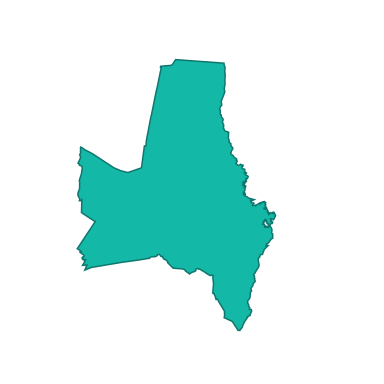 outline of Cerralvo, Nuevo León, Mexico, rotated 214°
{"feature_id": "50627088B47581095224708", "entity_name": "Cerralvo", "entity_type": "district", "adm_level": 2, "iso_a3": "MEX", "parent_name": "Mexico", "parent_adm1": "Nuevo León", "projection": "equal_earth", "projection_center": [-99.749, 26.06], "detail": "fine", "context": "isolated", "style": "filled", "palette": "teal", "viewbox_px": 384, "rotation_deg": 214, "n_neighbors": 0, "source": "geoboundaries", "source_scale": "gbopen_adm2", "svg_char_len": 6056}
<svg xmlns="http://www.w3.org/2000/svg" viewBox="0 0 384 384"><g transform="rotate(214 192 192)"><path d="M95.1,105.8L86.2,107.2L80.0,104.6L76.4,103.0L75.7,103.7L74.9,103.9L75.0,105.1L74.7,106.1L74.8,106.9L74.7,108.1L75.3,109.9L75.9,114.3L75.8,119.3L76.3,119.6L75.4,121.3L74.8,122.1L75.4,123.1L75.5,124.7L76.0,126.7L77.1,127.7L78.8,126.8L79.3,128.3L80.8,128.8L82.4,130.6L83.5,130.7L84.1,131.8L84.6,132.2L85.0,133.3L84.7,135.1L84.7,136.0L85.3,137.7L86.4,139.8L87.3,141.0L87.4,143.5L89.1,144.5L89.3,147.9L89.2,148.6L90.1,150.3L89.6,152.1L89.8,153.6L90.3,153.6L91.3,155.0L91.6,155.0L91.6,155.3L92.7,156.4L93.2,157.3L94.7,157.6L94.9,157.8L94.4,160.2L94.7,161.9L94.8,166.6L95.4,168.8L99.0,172.5L99.9,174.5L99.5,176.1L100.4,178.3L98.7,179.6L100.0,184.9L98.9,190.2L100.0,189.7L100.7,188.9L101.2,190.5L100.2,192.1L100.0,197.5L99.2,198.7L101.6,202.3L103.2,202.6L104.3,205.1L105.7,206.3L107.9,207.3L109.2,205.9L109.2,205.2L109.7,204.9L109.9,205.3L110.8,205.5L111.2,204.7L111.4,203.7L112.1,203.4L112.7,204.0L112.7,205.1L113.6,205.4L114.2,205.1L114.8,205.9L115.4,205.1L115.6,206.3L116.1,206.5L116.1,207.2L115.5,207.4L116.3,208.7L116.0,210.0L115.1,209.1L114.6,210.2L114.1,209.2L113.6,209.2L113.1,208.4L112.2,208.0L111.7,208.0L111.6,208.5L111.3,208.3L111.3,207.9L109.2,206.9L109.1,207.7L109.1,208.3L108.9,208.4L108.8,208.8L109.1,209.2L108.9,210.3L108.0,210.5L108.0,211.0L108.2,211.4L108.1,212.0L109.4,212.3L110.1,211.7L110.6,211.9L110.2,212.7L112.1,213.5L111.9,214.0L108.9,214.6L109.0,215.4L108.9,215.9L109.3,217.1L109.3,218.5L109.7,219.4L112.6,221.0L113.3,220.5L112.8,219.4L113.5,219.4L113.8,220.0L114.9,218.2L115.4,218.4L115.3,218.0L115.6,217.3L115.7,216.2L116.4,216.6L116.7,217.9L117.0,218.0L117.7,217.2L118.0,217.4L118.4,218.8L118.9,219.0L119.3,218.5L119.8,219.5L120.5,219.6L121.3,220.5L121.6,220.1L121.7,218.8L123.1,218.4L123.4,219.1L122.1,220.3L122.8,221.4L123.4,221.2L124.0,221.9L123.9,222.8L124.6,222.9L124.9,223.3L124.8,224.3L126.4,224.5L126.5,224.0L127.0,224.2L127.3,223.9L127.2,223.4L127.7,223.1L127.9,223.3L128.3,222.8L128.2,221.9L128.8,221.5L128.8,220.4L129.6,221.0L131.1,217.7L131.1,217.0L131.5,216.8L131.6,216.1L132.4,216.4L133.9,214.6L134.8,215.2L134.4,217.3L135.0,217.3L135.0,216.7L136.5,216.6L138.5,217.2L138.7,218.2L137.5,218.2L136.1,220.5L141.7,218.6L143.9,218.8L145.3,218.4L146.0,218.6L146.1,218.9L146.8,218.4L147.9,218.6L148.1,219.1L148.0,219.7L147.7,219.8L147.0,219.6L146.7,220.1L148.1,220.9L148.6,220.7L149.0,220.2L149.2,220.4L149.0,222.2L149.1,223.0L150.4,225.4L150.6,225.5L151.3,225.0L151.7,225.4L151.4,225.7L150.6,226.0L150.4,226.3L150.5,226.5L151.1,227.1L151.5,227.1L152.0,226.9L153.3,225.9L153.7,225.9L153.9,226.3L153.8,227.0L153.1,227.8L153.1,228.9L153.3,229.0L154.2,228.0L154.5,227.9L155.3,228.8L154.8,229.2L154.2,229.1L153.8,229.2L153.1,230.1L152.8,230.9L152.8,231.3L153.0,231.4L154.2,231.1L154.2,231.4L153.8,232.5L154.8,233.2L154.5,233.7L153.7,234.0L153.8,235.6L154.1,236.3L154.8,236.5L156.7,236.1L157.6,236.4L157.8,236.8L157.3,238.0L157.6,238.3L158.4,237.9L159.0,237.2L159.3,237.1L159.2,238.4L160.2,238.9L160.9,240.3L162.9,239.7L164.1,240.0L164.4,240.4L164.5,240.8L164.5,241.2L164.2,241.8L164.4,242.4L164.8,242.8L165.1,242.7L165.6,241.9L166.8,242.3L167.2,242.1L167.8,240.6L168.7,239.9L169.0,239.8L170.6,240.2L171.3,240.0L171.7,240.3L171.6,242.7L172.0,243.0L173.0,243.0L173.1,243.9L173.3,244.2L174.6,244.4L176.4,244.2L177.9,245.1L180.9,245.3L181.6,245.6L181.9,246.3L181.7,246.9L182.2,247.8L182.3,250.6L182.7,251.1L183.3,251.5L183.9,251.5L184.3,251.8L185.4,252.0L186.9,253.9L189.0,253.9L189.2,254.5L190.1,255.5L192.2,257.3L194.0,260.3L194.4,260.8L194.6,261.5L194.9,261.5L195.1,261.9L196.0,261.9L197.9,261.2L199.2,261.1L200.6,262.1L201.7,262.4L202.3,263.9L202.8,264.4L203.1,265.3L204.7,266.0L205.2,266.8L206.2,267.3L206.4,267.6L206.4,269.1L207.3,270.0L207.6,270.2L208.5,270.3L209.5,270.7L210.3,271.4L211.0,272.3L211.9,272.3L212.4,272.6L212.8,273.1L213.0,274.0L213.5,274.6L214.6,275.8L215.6,276.1L216.2,279.4L215.8,280.1L215.9,280.6L216.9,281.9L218.4,283.2L220.6,292.7L220.9,293.5L222.9,295.4L225.0,300.0L227.5,303.5L230.0,307.7L232.3,310.4L233.9,313.2L234.7,314.2L235.8,314.9L236.9,315.8L237.5,316.7L279.6,292.6L279.5,287.8L279.9,285.5L288.3,278.7L287.8,277.7L287.1,278.0L278.8,257.9L278.1,255.7L269.0,233.9L267.5,229.9L258.4,208.7L255.9,204.5L257.2,203.5L247.4,183.8L256.0,172.3L262.9,169.8L270.3,168.4L294.9,168.1L298.0,167.9L305.5,167.0L306.2,167.3L309.3,167.1L309.1,166.1L307.4,163.9L307.2,163.2L306.3,162.6L306.1,160.9L305.8,160.5L305.8,159.8L304.7,159.5L303.8,158.3L303.3,156.9L302.7,152.2L301.6,152.3L300.8,151.5L300.3,151.4L299.7,151.3L299.0,151.7L298.3,151.8L296.9,151.0L296.4,150.5L293.8,145.1L291.8,138.3L290.9,137.7L287.0,131.8L286.0,127.3L285.4,126.8L285.0,125.8L283.9,124.9L282.1,124.0L281.6,123.9L280.9,122.9L280.5,121.8L279.3,122.7L279.0,124.0L272.1,113.1L269.9,113.4L269.9,113.1L255.7,113.3L255.5,90.9L255.2,90.3L255.3,89.9L255.5,89.9L255.4,80.8L251.7,81.0L251.6,80.1L251.2,79.5L250.5,80.2L250.5,79.3L246.8,79.3L246.5,79.2L245.6,78.4L245.8,77.7L246.2,77.2L246.1,76.3L246.3,75.9L245.9,75.7L245.7,75.4L245.4,75.2L245.2,75.6L244.9,75.0L242.2,76.2L242.7,74.8L242.0,74.5L241.7,70.0L238.3,72.7L237.2,67.3L233.2,73.2L210.9,94.4L198.8,105.2L190.1,113.4L190.1,114.4L189.4,115.6L188.4,116.4L187.6,116.7L186.7,117.7L186.1,118.1L185.3,119.6L185.3,121.0L185.0,121.1L184.7,121.8L183.4,122.0L182.3,121.4L181.6,121.3L180.9,121.5L180.3,122.2L179.6,121.4L179.0,121.3L178.4,120.7L177.3,120.7L176.9,121.0L176.4,120.9L175.9,121.2L175.7,121.0L173.3,120.8L172.7,119.8L165.0,118.3L156.9,122.9L154.5,123.6L153.4,122.9L148.1,122.7L148.1,123.1L147.7,124.2L146.1,126.9L145.4,127.4L144.9,128.6L145.0,129.3L145.7,129.9L145.4,130.7L145.1,130.9L144.5,131.8L143.2,131.8L141.9,132.6L139.8,132.3L139.2,132.7L133.0,132.6L132.2,132.9L131.4,132.7L130.0,133.0L129.6,133.3L129.2,134.4L128.8,134.3L127.5,134.4L127.1,132.9L122.8,127.9L118.2,119.7L117.7,119.7L117.2,120.1L116.8,120.2L115.6,119.1L114.0,118.3L113.7,117.7L112.2,116.5L111.8,116.4L110.9,117.5L108.3,115.9L98.5,111.4L95.8,107.6L95.1,105.8Z" fill="#14b8a6" stroke="#0f766e" stroke-width="1.5"/></g></svg>